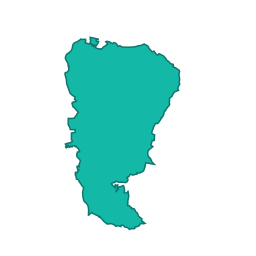 outline of Panet, Mures, Romania, rotated 164°
{"feature_id": "2599482B21044772325491", "entity_name": "Panet", "entity_type": "district", "adm_level": 2, "iso_a3": "ROU", "parent_name": "Romania", "parent_adm1": "Mures", "projection": "mercator", "projection_center": [24.446, 46.561], "detail": "fine", "context": "isolated", "style": "filled", "palette": "teal", "viewbox_px": 256, "rotation_deg": 164, "n_neighbors": 0, "source": "geoboundaries", "source_scale": "gbopen_adm2", "svg_char_len": 5825}
<svg xmlns="http://www.w3.org/2000/svg" viewBox="0 0 256 256"><g transform="rotate(164 128 128)"><path d="M148.8,226.5L150.0,225.9L153.3,224.9L155.5,224.7L156.4,224.4L157.3,223.9L158.2,222.9L160.0,219.4L161.4,217.9L163.4,216.9L166.1,216.0L167.2,215.3L168.6,213.4L168.9,212.5L169.0,211.7L168.6,209.3L168.2,208.0L168.0,206.9L168.0,205.8L168.4,204.4L167.8,204.1L167.9,203.4L168.4,203.0L168.5,202.7L168.3,202.1L168.6,201.3L169.0,200.2L169.7,199.3L170.8,198.6L171.7,198.4L172.9,198.5L173.2,198.0L173.4,198.0L173.8,196.8L173.9,191.3L174.2,190.2L174.7,187.4L174.1,177.5L173.6,176.6L172.5,174.8L170.2,172.2L171.6,170.5L170.2,168.3L170.4,168.2L170.4,167.9L171.5,168.0L174.3,168.0L174.2,167.3L175.1,167.0L175.0,163.5L174.5,163.1L173.6,161.5L171.4,156.7L172.8,155.9L173.9,154.6L175.6,153.5L176.6,152.5L177.0,152.3L179.9,152.8L182.8,153.7L184.5,148.0L184.5,147.3L183.8,144.5L183.9,142.4L179.2,140.9L180.0,138.5L182.8,138.6L183.7,138.8L185.6,132.5L185.2,131.2L185.1,130.3L187.1,130.0L187.2,129.7L189.9,130.0L192.6,129.9L192.6,129.3L192.0,127.6L193.2,127.1L192.9,126.0L192.1,126.4L191.7,126.2L191.2,126.5L190.6,127.0L190.8,127.8L190.3,127.9L189.8,125.5L188.3,125.8L187.8,126.5L187.6,126.5L187.1,125.3L186.8,125.3L185.8,126.1L184.9,126.1L184.5,125.3L184.0,125.3L183.8,124.5L182.8,124.5L182.2,122.9L181.4,121.7L181.2,120.0L180.9,119.2L181.0,118.6L183.4,118.8L183.9,117.6L184.6,116.6L184.8,116.1L185.0,114.5L183.5,111.7L182.8,109.7L182.9,109.1L184.3,107.5L184.8,106.6L185.5,105.9L185.5,104.3L186.2,104.4L187.2,105.3L187.6,105.2L187.8,104.6L187.7,103.1L187.9,102.5L187.9,100.6L187.4,100.7L189.3,99.0L190.2,100.0L190.9,99.6L191.6,97.3L191.4,96.9L191.2,97.1L191.4,96.0L191.4,94.4L191.7,93.2L190.4,92.3L189.9,91.7L189.7,91.1L189.7,90.5L189.8,89.7L189.2,88.8L188.1,84.9L187.3,83.5L187.1,82.9L189.6,78.1L189.5,77.5L189.9,76.3L190.4,73.0L190.5,70.3L190.1,69.1L188.6,66.7L188.2,65.7L188.0,64.4L188.0,62.8L188.3,61.2L188.3,60.5L190.0,55.2L189.1,55.4L186.3,56.8L185.8,56.0L182.6,53.1L181.5,52.3L180.4,50.6L180.2,51.1L179.5,50.9L179.4,50.6L179.5,50.2L179.4,49.9L177.3,45.9L177.1,45.1L176.8,44.8L176.4,44.0L175.7,43.2L175.1,42.2L174.2,41.8L174.4,41.5L172.8,41.0L171.2,41.0L169.9,40.2L169.3,39.9L167.8,38.8L167.6,38.0L166.9,37.1L166.5,36.8L165.5,37.0L164.2,36.5L162.6,35.7L162.0,35.2L161.7,35.9L161.1,36.4L159.9,35.9L159.2,35.4L158.9,35.0L158.4,33.6L157.4,33.3L156.6,32.9L155.0,31.3L154.7,30.9L154.8,30.5L154.3,30.1L152.3,30.5L151.9,30.0L149.9,29.5L149.0,29.8L148.8,31.0L146.9,30.6L144.4,30.9L143.9,31.1L142.8,32.4L141.6,32.5L140.6,32.2L139.8,31.7L137.9,31.6L139.3,33.6L140.0,34.2L140.6,34.2L140.7,34.3L140.2,35.0L140.1,36.0L139.7,36.9L142.3,40.4L142.3,42.5L142.5,43.8L143.5,45.1L143.8,45.9L143.8,46.8L144.2,48.2L144.5,48.8L145.8,48.9L147.0,49.7L146.4,50.4L147.5,51.4L147.8,51.8L148.1,52.9L148.5,53.3L149.8,53.7L148.5,56.8L148.8,57.0L146.5,61.4L145.9,63.0L145.4,67.1L145.7,67.1L146.1,66.4L148.1,65.9L148.7,66.2L149.5,67.3L149.0,67.6L148.5,69.1L148.1,71.9L148.1,73.0L148.3,73.6L148.5,74.0L148.8,74.1L149.9,73.7L152.8,73.8L153.2,73.6L154.9,71.6L156.1,70.7L156.8,70.5L156.3,71.2L156.1,71.3L155.5,71.7L155.1,72.3L154.5,74.1L153.6,75.7L153.5,76.0L154.3,76.3L154.6,76.2L155.4,76.3L155.7,76.5L155.9,76.8L156.1,76.3L156.2,75.4L156.5,75.5L156.9,74.2L157.3,74.4L157.3,75.0L158.3,76.7L158.9,77.8L159.3,79.1L158.2,79.5L156.8,79.4L155.1,79.5L154.5,80.2L153.8,79.9L152.2,78.6L151.5,78.2L148.4,77.5L145.7,76.3L145.1,76.2L144.0,76.5L143.1,77.1L142.3,78.2L142.2,78.5L142.3,79.2L142.7,80.6L140.4,81.2L139.5,82.1L138.4,82.9L136.5,81.5L136.1,81.4L135.0,81.3L133.5,81.5L132.1,81.1L131.8,82.5L131.2,82.7L130.9,82.6L130.6,82.1L129.8,81.5L126.7,81.9L125.1,82.4L124.4,83.0L122.1,86.4L122.3,86.5L120.4,89.8L117.4,88.1L112.8,85.9L114.3,88.7L114.5,90.3L115.0,92.0L114.7,92.1L114.9,92.8L116.1,94.6L116.4,96.8L115.6,99.4L114.9,100.5L113.8,101.2L112.0,102.1L109.3,103.2L110.7,105.5L109.3,107.3L108.5,109.1L106.7,108.8L106.5,109.5L106.0,109.2L104.3,114.2L105.5,114.9L106.2,115.7L106.5,116.5L106.2,117.6L104.7,119.5L103.5,121.4L100.8,124.4L100.2,124.8L99.2,124.3L98.1,124.2L96.4,125.3L95.9,125.7L95.7,126.0L94.1,127.3L93.8,127.7L93.6,128.5L93.3,128.6L92.8,128.5L92.4,128.7L90.6,130.3L90.0,131.1L88.6,133.7L88.1,134.2L87.2,134.2L86.1,135.6L85.6,135.9L84.0,137.3L82.9,137.7L81.3,139.5L81.4,140.2L81.4,141.3L80.5,142.6L80.1,145.0L79.0,145.4L77.0,146.4L76.5,146.8L75.0,148.7L73.0,149.9L69.0,150.3L69.3,152.7L66.1,156.1L66.3,157.4L64.9,160.7L64.6,162.6L64.5,164.7L63.8,166.4L62.8,168.1L63.2,169.9L64.3,170.7L64.8,171.8L65.4,172.5L67.0,173.8L67.8,174.2L67.8,174.5L67.3,175.1L67.0,176.5L67.5,176.5L67.4,176.9L68.2,177.3L69.5,178.4L70.3,180.3L72.2,182.7L72.4,183.3L72.3,183.7L72.8,185.1L74.3,187.8L77.7,190.9L79.1,189.9L79.7,190.1L80.6,191.5L81.9,194.8L83.8,194.5L84.4,195.8L85.2,197.2L86.1,200.0L86.1,200.7L86.3,201.3L87.7,202.8L88.4,203.2L89.1,204.2L89.7,204.3L92.5,203.8L94.6,204.1L99.7,204.2L102.0,204.8L103.9,205.1L107.5,206.2L108.1,206.2L109.5,206.9L111.0,207.3L113.2,209.3L114.1,209.4L115.1,209.2L115.4,209.7L115.5,210.9L115.9,212.0L116.3,212.6L117.2,213.5L117.9,214.0L118.4,213.9L118.7,213.6L119.1,213.4L119.6,213.5L120.4,214.2L121.2,214.4L121.3,215.0L121.5,215.1L121.9,215.9L123.2,216.0L123.5,216.3L123.6,216.9L124.1,216.8L124.6,217.2L125.6,217.1L124.7,215.0L124.5,214.0L126.7,213.5L126.8,213.2L128.9,212.8L131.9,211.0L132.4,211.2L132.3,211.6L133.3,211.7L134.6,212.3L136.1,213.3L137.2,214.3L137.2,214.6L136.9,214.9L139.2,216.3L140.5,218.7L139.9,218.8L139.2,218.2L139.1,217.8L138.8,217.5L135.6,216.0L133.2,218.1L132.4,219.2L134.5,220.1L134.2,221.8L132.3,221.3L132.2,221.7L139.3,225.6L139.4,224.8L139.9,223.6L139.9,223.0L139.7,222.2L140.0,222.1L140.5,221.0L141.0,220.3L142.6,219.5L144.3,220.8L144.4,221.1L145.0,221.2L145.7,221.7L144.9,222.9L144.4,223.9L144.5,224.6L144.4,224.9L145.3,225.3L146.0,225.3L148.2,226.0L148.8,226.5Z" fill="#14b8a6" stroke="#0f766e" stroke-width="1.5"/></g></svg>